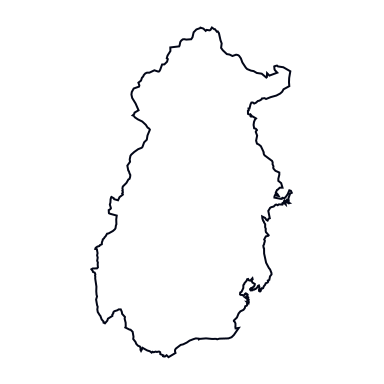 outline of Simisna, Salaj, Romania, rotated 177°
{"feature_id": "2599482B9011696983291", "entity_name": "Simisna", "entity_type": "district", "adm_level": 2, "iso_a3": "ROU", "parent_name": "Romania", "parent_adm1": "Salaj", "projection": "albers", "projection_center": [23.609, 47.214], "detail": "fine", "context": "isolated", "style": "outline", "palette": "ink", "viewbox_px": 384, "rotation_deg": 177, "n_neighbors": 0, "source": "geoboundaries", "source_scale": "gbopen_adm2", "svg_char_len": 5970}
<svg xmlns="http://www.w3.org/2000/svg" viewBox="0 0 384 384"><g transform="rotate(177 192 192)"><path d="M210.2,326.9L209.2,326.0L210.1,323.4L212.9,320.9L215.2,320.9L217.4,315.7L218.4,314.2L219.4,314.0L223.2,315.5L228.3,313.4L230.9,313.5L232.5,312.8L234.1,311.2L234.7,309.9L236.0,308.7L237.1,305.9L239.8,304.0L239.0,301.2L239.4,300.0L244.8,298.4L246.9,295.0L247.4,292.5L246.8,289.0L243.7,283.3L241.1,276.4L245.2,274.3L245.6,273.0L247.2,271.6L246.2,271.2L245.2,269.6L242.3,267.4L238.0,265.0L234.6,261.5L233.0,258.7L231.4,257.5L230.8,256.4L233.5,250.8L234.4,246.6L237.2,244.1L239.1,239.6L239.9,238.8L243.5,237.6L247.6,235.0L250.7,232.5L251.6,231.3L252.5,227.8L252.3,225.4L255.2,221.7L254.5,216.7L253.9,216.0L253.5,214.1L252.7,212.2L253.0,210.3L253.7,208.4L254.9,207.8L257.0,204.5L260.8,201.1L261.3,199.3L261.0,197.6L261.5,197.0L261.0,195.6L261.2,194.7L261.8,194.3L261.2,193.0L264.6,190.7L266.3,187.6L270.1,188.9L270.4,189.8L272.7,191.3L273.0,191.0L273.7,188.9L274.0,185.9L274.7,183.7L273.8,180.1L274.4,179.2L276.1,178.3L276.1,175.7L276.0,175.1L274.8,174.5L268.4,172.4L269.1,168.6L269.2,163.7L269.7,162.7L270.3,159.8L271.0,158.8L273.0,157.2L277.5,155.0L279.0,154.8L280.6,152.3L281.8,151.2L282.2,150.4L283.6,149.3L283.7,148.5L284.6,146.5L284.8,144.5L286.8,143.7L287.3,142.9L289.4,142.4L291.1,141.3L291.6,140.2L290.0,139.8L289.5,135.8L290.1,133.8L289.6,131.4L290.3,128.3L289.7,126.5L290.0,124.7L289.9,121.6L290.9,120.7L295.2,120.8L296.5,120.1L295.2,118.2L295.1,117.4L293.4,116.6L292.8,114.9L293.2,113.7L293.0,112.5L293.2,110.7L292.4,102.5L292.8,97.9L292.7,94.4L292.3,92.7L293.4,89.6L292.7,83.9L292.2,82.3L292.7,79.7L292.4,77.1L290.6,73.8L290.0,73.1L288.9,69.5L287.0,67.1L287.2,66.2L285.8,65.4L283.3,68.0L282.6,69.9L278.0,72.4L278.0,73.7L277.0,74.8L276.9,75.9L275.8,77.0L272.7,77.8L271.4,78.6L269.3,78.5L268.4,76.1L268.1,73.9L265.5,70.7L265.9,69.0L265.1,64.9L265.2,61.2L265.7,60.2L261.5,57.8L260.6,57.7L258.6,55.5L258.0,50.5L258.4,48.3L256.2,45.1L255.7,43.4L254.1,41.4L252.1,40.4L251.5,38.7L251.7,37.1L251.2,36.0L250.0,37.9L249.6,39.0L245.0,36.1L242.5,35.2L240.7,33.7L239.9,34.5L238.6,34.0L236.7,34.5L235.5,34.1L233.3,34.4L232.2,33.7L232.1,31.7L229.2,30.4L229.5,29.5L229.1,29.3L227.7,29.1L225.9,30.3L224.1,28.3L216.9,32.1L217.3,33.8L217.2,35.1L216.4,36.4L211.3,39.9L208.9,40.3L205.1,41.9L202.2,43.7L198.2,45.0L195.8,45.6L193.0,45.2L192.8,44.5L192.2,44.9L185.7,45.1L179.6,44.2L175.7,44.1L174.6,43.6L172.3,44.1L163.3,43.9L160.1,44.9L157.7,47.0L152.4,53.8L155.6,53.5L155.8,55.1L155.6,55.7L155.5,58.5L156.1,60.0L156.9,60.8L156.9,61.5L153.7,64.3L151.8,68.3L149.9,70.3L146.8,71.6L145.4,73.2L144.8,75.1L143.3,75.6L142.8,76.3L142.9,77.3L141.7,77.6L142.9,79.1L141.5,78.7L141.0,79.1L141.3,80.2L141.1,81.2L142.4,81.2L142.3,82.0L141.3,83.3L141.3,83.8L141.5,84.0L142.5,82.9L143.2,82.9L144.5,84.0L142.5,84.7L142.6,85.2L142.1,85.3L141.8,86.6L142.4,87.2L143.6,88.0L144.1,87.7L143.9,87.2L145.1,86.7L145.9,85.6L147.1,86.5L149.0,86.8L149.4,87.3L149.1,89.1L147.7,89.8L145.8,93.4L145.6,96.3L144.7,97.2L144.6,97.9L142.0,100.7L141.5,102.0L140.5,102.2L139.9,100.9L138.5,100.4L136.2,102.7L136.0,101.6L137.2,100.6L136.4,98.4L134.1,96.9L134.2,96.0L135.1,94.3L135.6,94.2L136.5,93.3L137.8,93.1L137.8,92.7L139.0,92.1L139.1,91.5L138.4,90.6L137.3,90.7L136.6,91.4L136.3,91.0L135.8,91.5L134.8,91.3L134.1,91.9L133.6,91.8L131.8,93.3L131.0,94.8L130.1,95.2L129.7,93.8L129.9,91.5L130.3,90.8L130.1,89.5L129.3,89.1L128.5,89.7L128.3,90.5L128.5,91.2L127.4,92.2L126.8,91.9L126.0,92.3L125.2,94.1L123.8,95.6L123.2,97.0L121.3,97.6L120.6,98.4L120.9,99.6L119.4,100.2L118.5,103.7L116.9,105.5L116.9,107.0L118.1,110.6L119.2,112.1L121.7,117.5L123.2,126.7L123.0,132.0L123.4,132.4L123.6,134.6L122.7,136.2L122.6,137.1L122.0,138.5L121.8,139.6L122.4,140.8L120.6,143.8L118.1,144.3L117.7,144.8L120.3,148.1L120.5,150.2L120.2,151.2L120.8,153.0L120.6,156.0L121.7,157.9L121.8,158.8L122.4,159.4L123.1,161.9L123.2,163.9L120.4,162.3L119.1,160.2L118.0,159.5L117.0,161.3L115.7,161.7L116.8,169.1L114.8,172.1L113.7,172.7L111.2,173.2L109.3,174.9L108.3,175.0L107.1,174.3L105.9,175.1L102.3,174.7L102.1,175.0L102.4,175.8L102.2,176.2L101.3,176.2L100.4,178.4L99.9,178.7L99.4,178.5L100.5,176.2L99.1,174.7L99.4,177.1L99.0,177.8L96.0,175.6L95.1,175.8L96.8,176.9L97.3,179.1L95.9,178.6L96.1,180.5L94.1,185.3L92.4,186.0L93.2,188.0L94.7,188.6L96.5,184.9L98.5,182.3L100.3,180.8L101.7,181.5L102.1,181.4L102.1,180.8L102.4,180.6L103.3,180.4L110.0,182.1L109.9,183.3L108.5,185.8L107.4,183.9L105.7,183.5L106.7,185.3L108.3,187.2L107.0,189.6L106.5,189.7L104.1,191.7L101.4,191.6L102.5,196.2L105.2,198.6L105.1,200.7L103.9,204.7L103.8,206.9L107.6,208.8L109.4,211.1L109.6,212.0L109.3,213.4L110.1,215.5L109.9,217.4L110.4,218.8L117.6,224.8L118.2,225.9L118.5,227.5L118.3,227.9L120.8,234.1L122.8,235.9L124.6,236.9L125.3,239.9L124.0,244.9L125.2,248.7L124.7,249.7L124.0,250.2L124.0,250.7L125.1,251.9L126.6,252.4L127.0,255.7L126.4,258.8L125.4,260.9L124.2,262.1L127.5,264.3L129.1,264.2L129.5,264.6L128.8,265.5L129.6,266.5L130.1,266.1L132.0,267.1L131.9,270.1L131.1,270.5L131.2,272.4L130.2,272.4L129.0,276.4L128.0,278.2L126.6,278.2L125.3,277.1L123.5,277.8L121.5,279.4L119.9,279.7L117.8,280.8L117.3,281.7L114.6,281.9L113.2,281.0L108.5,282.6L102.7,283.9L98.8,285.7L96.7,287.4L95.2,289.8L89.3,292.6L89.4,296.5L89.0,300.8L87.5,307.4L94.3,311.8L99.6,312.9L100.5,313.8L102.5,313.4L103.3,313.1L103.2,310.2L102.8,309.3L100.6,306.7L108.6,304.2L110.8,306.7L111.2,302.9L111.8,302.4L116.2,306.5L121.1,307.5L124.1,309.5L126.7,310.1L130.5,311.9L131.8,313.4L134.9,318.7L136.2,322.9L137.9,325.6L139.1,326.4L140.8,326.8L144.5,325.7L147.3,327.3L150.0,327.9L153.8,331.9L155.4,334.4L154.6,338.8L155.6,342.1L156.8,349.2L157.9,351.0L158.7,350.7L160.6,353.4L161.4,353.5L163.5,355.2L165.1,352.9L165.9,352.5L168.9,353.1L169.9,352.2L172.1,354.6L175.0,355.7L175.4,355.2L179.1,354.1L182.0,351.4L183.4,346.5L184.8,344.6L189.7,344.5L191.8,345.0L193.3,344.9L194.9,343.7L195.9,342.3L196.7,339.1L197.2,338.1L206.1,337.5L206.2,333.9L209.3,329.5L210.2,326.9Z" fill="none" stroke="#020617" stroke-width="2"/></g></svg>